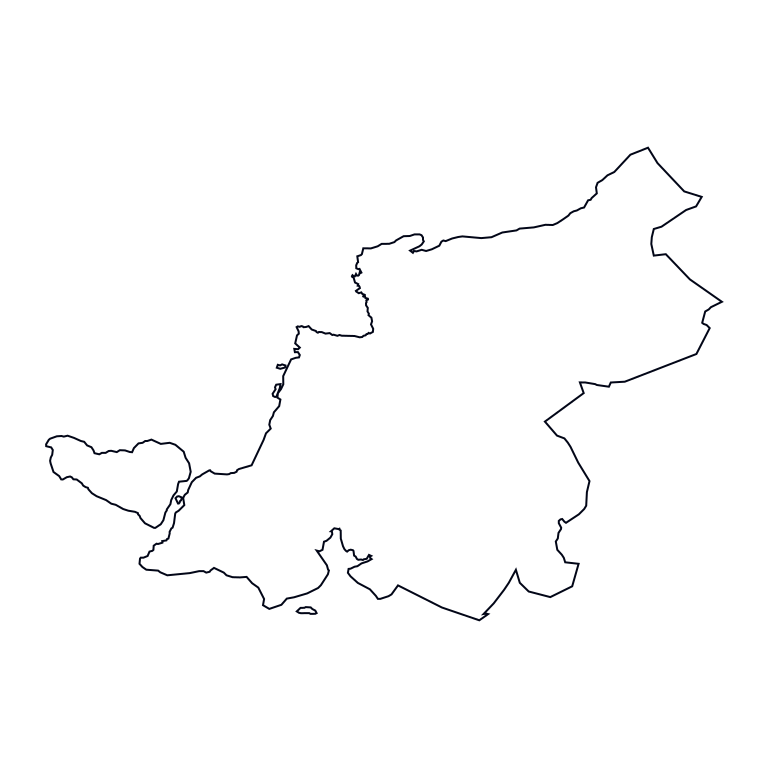 outline of Sorong, Papua Barat, Indonesia
{"feature_id": "22746128B25112391877259", "entity_name": "Sorong", "entity_type": "district", "adm_level": 2, "iso_a3": "IDN", "parent_name": "Indonesia", "parent_adm1": "Papua Barat", "projection": "albers", "projection_center": [131.348, -1.055], "detail": "fine", "context": "isolated", "style": "outline", "palette": "ink", "viewbox_px": 768, "rotation_deg": 0, "n_neighbors": 0, "source": "geoboundaries", "source_scale": "gbopen_adm2", "svg_char_len": 6093}
<svg xmlns="http://www.w3.org/2000/svg" viewBox="0 0 768 768"><path d="M296.6,327.1L298.6,331.3L298.8,333.7L297.0,335.4L295.2,343.4L299.8,347.6L298.1,349.2L294.3,348.9L294.9,352.2L297.9,352.1L299.8,355.0L299.0,357.4L295.8,357.8L291.1,359.4L283.2,376.1L283.3,384.3L281.0,389.1L277.9,393.2L277.4,397.6L280.4,399.5L279.2,406.1L273.9,412.3L272.9,416.0L270.2,420.1L269.3,424.7L270.7,428.6L266.0,433.3L263.6,439.9L251.6,465.3L239.0,469.0L237.1,470.2L236.6,471.7L234.2,472.9L230.8,473.1L229.1,474.1L227.0,474.4L214.7,473.6L210.6,471.2L210.2,470.3L209.4,470.3L202.2,474.4L199.8,476.4L196.1,477.8L191.8,482.2L188.2,490.0L187.7,492.5L184.9,494.7L184.0,496.2L183.2,498.1L184.3,505.1L178.7,510.7L175.8,512.5L175.2,513.7L174.0,523.2L172.6,527.6L171.3,528.5L169.6,531.9L169.7,533.4L168.4,538.6L167.0,539.1L166.4,540.4L162.2,541.1L162.5,542.6L162.1,542.8L158.0,544.0L156.5,543.7L153.7,545.7L153.4,549.9L152.4,550.8L149.5,551.6L147.6,556.0L143.4,557.7L140.7,557.7L140.0,558.7L139.5,563.8L142.4,567.0L146.3,569.7L158.1,570.6L160.3,572.3L167.3,575.3L189.8,573.1L199.3,571.1L203.5,571.1L206.2,572.6L209.6,571.8L210.6,570.4L214.0,567.9L223.8,572.6L226.5,575.3L232.6,577.2L240.1,577.4L246.6,576.9L252.1,583.2L258.3,587.6L264.1,599.0L263.0,605.2L269.3,608.9L281.4,604.8L286.8,598.6L294.0,597.3L307.2,593.4L318.1,588.0L320.9,585.2L327.9,574.3L328.9,570.4L328.1,569.7L326.9,565.3L316.7,550.6L319.4,551.3L322.5,549.8L324.0,541.7L326.5,540.8L330.4,537.6L332.3,534.2L331.9,531.4L331.0,531.3L334.3,528.3L338.7,529.1L339.9,528.5L340.3,528.4L338.7,529.1L340.7,530.5L340.8,538.6L343.0,546.2L344.4,549.1L346.0,550.9L347.1,551.6L348.8,550.2L350.7,549.7L352.9,550.2L353.5,550.9L354.1,555.6L355.7,556.6L356.9,558.9L358.3,559.8L361.0,559.5L362.9,560.0L363.8,559.3L366.7,558.8L369.0,554.9L371.1,555.9L369.9,556.6L370.2,558.0L371.6,559.1L367.6,561.4L361.5,563.4L357.4,566.2L354.6,566.7L350.5,568.7L348.6,568.9L347.9,572.8L350.5,576.3L357.8,582.9L369.9,589.3L375.9,595.9L377.9,598.9L380.2,598.9L388.5,596.2L391.5,594.4L398.0,585.4L441.9,607.5L479.3,620.3L488.1,614.1L486.2,613.6L483.6,614.0L493.7,603.4L504.1,589.8L508.8,582.8L515.9,569.8L519.8,582.8L528.7,591.5L550.3,597.1L572.2,586.3L578.6,563.8L565.2,562.3L563.8,557.8L561.8,554.7L557.3,549.8L555.8,541.5L557.8,538.5L558.5,532.9L561.0,529.1L561.2,527.7L558.8,523.2L558.8,520.9L560.5,519.4L562.2,519.0L564.4,521.7L566.0,522.8L578.9,514.3L584.2,509.0L586.2,505.7L586.9,492.1L589.5,481.1L578.2,462.6L570.5,446.8L567.8,442.6L564.4,438.4L557.0,435.6L544.9,421.6L583.7,393.1L579.9,382.4L585.4,382.5L595.1,384.1L596.9,385.0L608.9,386.7L610.8,382.5L624.8,381.7L696.4,354.0L709.7,328.1L706.6,325.0L703.5,323.9L702.2,322.8L705.2,311.5L708.8,309.4L710.9,307.2L721.9,301.8L689.9,279.4L665.8,254.2L653.8,255.6L651.3,244.0L651.8,237.2L653.8,229.0L661.5,226.7L686.1,210.0L696.1,206.4L701.7,196.9L684.2,191.4L657.5,163.1L648.0,147.7L630.4,154.7L614.3,172.0L607.5,175.3L602.3,180.1L597.6,182.8L596.0,187.3L596.8,193.4L591.7,198.0L590.6,199.8L588.1,200.3L584.1,207.5L580.8,208.3L576.8,210.5L573.7,211.3L570.3,213.2L568.4,215.6L562.8,219.5L557.3,223.1L552.8,225.0L545.4,224.8L533.8,227.4L519.6,228.6L516.5,230.4L502.3,232.5L491.5,237.2L481.3,238.1L462.4,236.4L458.2,237.0L452.1,238.5L445.7,241.1L443.3,240.5L441.4,241.7L439.3,245.7L431.8,249.3L426.1,251.0L421.7,249.8L416.6,251.4L414.0,251.0L412.9,252.8L410.1,250.6L419.4,246.3L421.7,244.5L423.8,241.4L423.0,239.9L423.0,237.5L421.5,235.2L419.6,234.4L414.5,234.4L409.8,236.0L403.6,236.2L396.1,240.4L394.4,242.1L389.2,243.8L381.6,243.9L377.7,246.3L370.9,248.4L363.3,248.3L361.9,254.1L360.9,255.1L357.3,256.3L358.1,262.2L357.2,262.9L356.2,265.3L356.3,268.3L358.5,269.2L359.5,268.9L361.4,272.6L360.5,273.1L359.7,272.4L359.0,275.0L358.3,275.6L356.9,275.6L356.0,274.0L354.9,276.3L353.7,276.2L352.5,275.2L351.9,276.2L352.3,277.0L353.6,277.5L355.0,282.5L358.2,284.1L357.7,285.7L359.0,285.9L359.6,286.9L359.9,288.1L355.9,290.9L356.2,291.5L358.8,293.2L361.3,292.4L362.3,293.9L364.4,294.7L362.7,296.9L364.9,295.9L365.3,297.9L367.9,298.7L368.0,299.5L366.3,300.4L366.6,302.1L366.0,303.1L366.1,305.4L367.8,307.9L367.5,311.4L368.9,313.8L368.5,315.2L371.4,317.7L372.1,321.3L371.0,324.4L373.2,328.8L372.9,331.9L370.0,333.5L368.6,332.9L367.6,334.0L366.5,334.1L365.6,335.3L363.5,335.8L362.2,337.0L359.7,337.3L354.5,336.0L341.7,335.7L339.5,335.0L337.4,335.8L333.6,334.7L332.3,335.0L329.7,333.1L325.5,333.6L321.8,332.1L318.9,332.0L317.9,332.7L316.6,332.1L315.9,331.0L311.7,329.5L308.6,326.1L306.0,327.0L303.5,327.2L302.7,326.4L301.3,326.1L299.7,326.8L297.7,326.4L296.6,327.1ZM46.1,444.3L46.2,446.2L51.2,447.4L52.8,450.0L52.2,454.8L50.8,457.5L50.1,460.8L50.6,463.3L53.5,472.0L59.2,476.1L61.2,479.4L62.8,479.5L66.8,477.2L70.1,476.5L71.8,477.3L73.4,479.3L76.7,479.5L81.8,483.3L83.2,485.6L85.6,487.1L87.9,487.8L88.4,489.3L91.9,493.2L96.6,496.2L106.1,500.1L111.3,503.7L115.7,504.8L123.1,509.0L128.3,510.7L134.9,511.8L137.9,513.1L138.1,514.4L139.6,515.8L140.5,518.1L145.0,523.3L154.1,527.9L155.3,527.9L160.8,524.2L163.4,520.2L165.4,512.5L166.8,510.4L166.8,509.4L170.4,504.2L171.2,500.1L173.5,495.4L176.8,491.5L178.1,484.1L179.0,481.7L186.6,480.9L187.4,480.3L188.9,478.3L190.7,471.8L189.1,463.3L185.6,457.8L183.7,451.7L175.4,444.8L169.7,442.8L160.8,443.9L151.4,439.6L147.3,441.0L145.2,441.0L142.6,442.8L138.5,443.4L133.9,448.1L132.1,452.2L129.8,452.0L125.0,450.4L119.8,450.2L116.8,452.1L111.2,450.8L108.7,451.0L105.6,452.9L101.8,452.9L99.3,454.3L94.5,453.2L93.5,450.4L91.4,447.2L87.1,445.4L84.2,441.8L80.9,441.0L74.0,437.9L67.6,435.7L63.8,436.6L61.5,436.0L56.8,436.3L50.1,438.7L48.8,439.8L46.1,444.3ZM310.7,607.4L305.7,607.1L304.4,607.8L300.5,607.9L296.8,611.4L299.0,612.8L300.9,613.2L309.1,613.1L310.6,613.9L315.2,613.8L316.6,613.1L315.3,610.6L312.3,609.0L310.7,607.4ZM280.5,384.1L276.2,384.7L275.0,387.3L275.6,389.2L272.6,393.8L273.2,396.1L275.1,397.0L276.4,396.7L279.8,388.1L280.5,384.1ZM178.8,503.5L179.7,502.5L179.8,501.3L181.0,500.4L181.9,497.5L178.8,496.2L177.2,496.5L175.5,498.2L178.0,503.5L178.8,503.5ZM285.5,365.5L282.1,364.4L280.1,365.4L277.8,364.8L276.8,367.7L280.3,368.8L284.7,367.6L285.3,367.0L285.5,365.5Z" fill="none" stroke="#020617" stroke-width="2"/></svg>